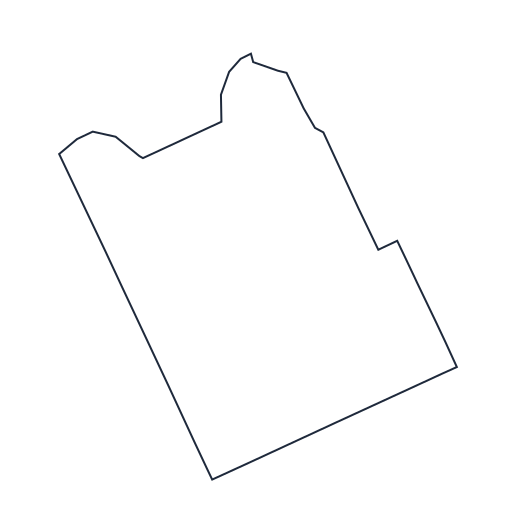 Ramsey, Minnesota, United States of America (orthographic projection), rotated 155°
{"feature_id": "52423323B15495736799264", "entity_name": "Ramsey", "entity_type": "district", "adm_level": 2, "iso_a3": "USA", "parent_name": "United States of America", "parent_adm1": "Minnesota", "projection": "orthographic", "projection_center": [-93.118, 45.006], "detail": "fine", "context": "isolated", "style": "outline", "palette": "slate", "viewbox_px": 512, "rotation_deg": 155, "n_neighbors": 0, "source": "geoboundaries", "source_scale": "gbopen_adm2", "svg_char_len": 637}
<svg xmlns="http://www.w3.org/2000/svg" viewBox="0 0 512 512"><g transform="rotate(155 256 256)"><path d="M350.5,71.6L254.9,71.3L164.1,70.8L137.5,70.7L120.9,70.5L120.7,98.0L120.8,119.7L121.3,164.0L121.3,169.3L121.4,187.7L121.6,210.1L142.5,210.0L143.0,256.3L142.9,284.8L142.7,339.6L148.4,347.2L150.4,369.6L150.9,409.1L157.9,414.7L176.6,432.9L175.1,441.5L186.6,441.2L202.5,434.3L219.6,417.0L230.6,392.3L317.1,392.5L319.5,395.9L332.8,423.4L351.4,437.7L368.8,437.6L391.3,431.6L390.5,323.7L390.5,285.5L390.3,220.4L390.3,212.6L390.2,175.8L390.4,114.0L390.3,84.0L390.2,71.9L350.5,71.6Z" fill="none" stroke="#1e293b" stroke-width="2"/></g></svg>